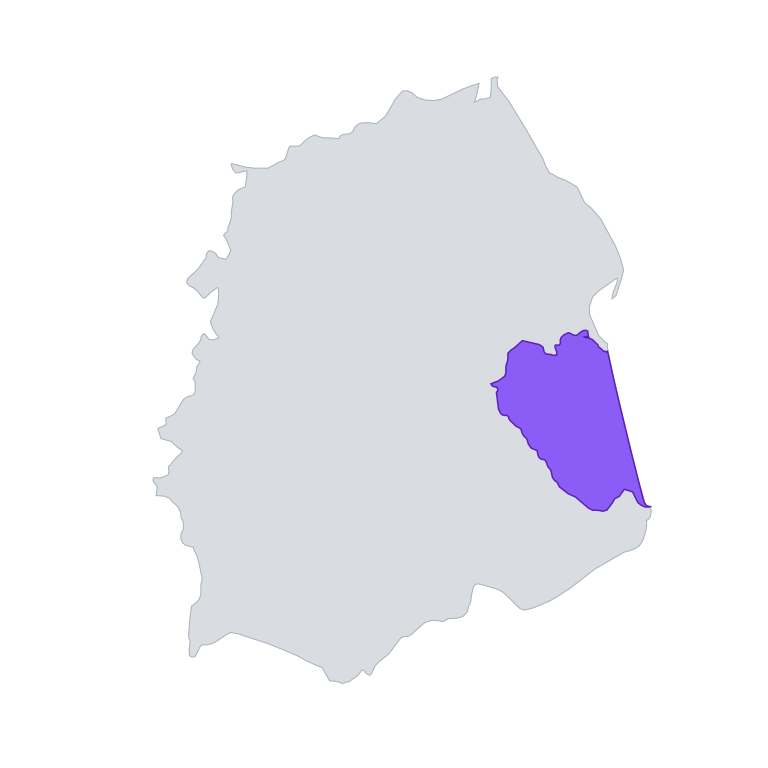 Warmian-Masurian on a map of Poland (Albers equal-area conic projection), rotated 74°
{"feature_id": "POL-3139", "entity_name": "Warmian-Masurian", "entity_type": "Voivodeship", "adm_level": 1, "iso_a3": "POL", "parent_name": "Poland", "parent_adm1": "", "projection": "albers", "projection_center": [20.397, 53.764], "detail": "fine", "context": "in_parent", "style": "filled", "palette": "violet", "viewbox_px": 768, "rotation_deg": 74, "n_neighbors": 0, "source": "natural_earth", "source_scale": "10m", "svg_char_len": 5536}
<svg xmlns="http://www.w3.org/2000/svg" viewBox="0 0 768 768"><g transform="rotate(74 384 384)"><path d="M628.6,419.3L631.9,425.4L633.3,430.2L632.3,434.1L632.8,437.9L644.8,453.9L649.7,465.7L652.6,470.3L659.2,476.1L659.9,478.5L657.5,480.9L653.9,482.1L652.9,484.2L657.1,489.7L660.3,499.1L660.5,506.9L658.4,509.0L655.9,513.7L654.3,518.1L639.4,521.7L636.0,526.4L628.1,535.5L622.7,540.8L614.8,550.2L602.1,566.4L583.8,593.4L580.6,599.6L581.4,604.5L585.3,616.1L586.2,621.3L585.8,626.2L584.7,630.6L585.0,632.5L593.6,640.3L594.0,642.0L593.3,644.2L591.6,645.9L585.1,644.4L577.8,641.2L575.4,641.7L571.5,641.0L555.3,635.0L544.4,630.2L543.2,627.0L541.1,622.2L536.4,618.3L525.9,615.1L521.6,612.5L504.5,611.2L497.2,611.2L491.9,612.4L488.6,612.3L484.1,619.4L480.9,621.5L476.2,621.8L472.2,620.5L468.0,616.8L461.3,614.9L456.5,615.9L453.0,615.1L450.0,614.9L448.9,615.6L446.4,615.5L442.9,617.3L439.0,619.8L434.7,621.7L431.4,625.8L428.4,633.8L420.0,630.1L417.2,631.7L413.3,632.7L410.6,631.6L411.3,628.8L412.5,625.7L412.5,621.3L411.7,616.5L409.2,614.9L405.3,614.3L403.3,613.3L403.1,611.7L401.2,609.7L397.8,604.4L394.7,598.0L392.4,596.0L389.2,599.0L384.2,602.4L381.1,603.6L375.0,613.5L364.3,613.7L363.8,609.0L362.8,604.4L356.6,603.2L356.4,600.5L355.3,593.9L343.2,580.6L341.8,575.2L342.3,573.1L341.6,569.6L338.9,567.5L329.2,564.8L326.7,566.1L324.5,564.6L321.0,561.4L314.9,558.7L314.3,557.3L312.2,555.0L310.9,554.7L310.1,556.0L308.2,557.9L301.8,560.1L299.3,559.0L297.1,556.8L294.7,552.2L291.0,548.1L287.9,546.6L286.2,544.4L285.9,542.8L293.0,539.8L294.6,536.5L294.0,530.4L292.9,529.6L290.1,531.5L284.3,533.1L278.9,533.7L276.2,533.6L261.5,521.8L251.8,518.0L246.1,516.7L245.4,517.8L247.7,524.2L251.9,532.1L251.6,534.1L242.8,538.2L239.0,540.7L235.7,544.2L233.0,545.7L230.7,545.2L228.3,543.3L222.6,531.6L215.2,522.4L214.4,520.4L211.9,519.8L208.6,517.6L207.6,514.9L209.5,512.2L212.0,509.8L216.4,508.5L217.7,507.1L218.6,504.9L220.4,502.1L220.0,501.0L217.2,497.6L212.9,494.3L200.4,495.9L196.9,497.3L195.2,495.0L193.9,491.8L190.8,491.0L186.7,487.9L181.9,484.8L177.0,483.6L167.0,478.9L163.1,478.4L160.9,476.8L158.7,473.6L156.9,470.1L156.4,463.2L149.1,459.6L141.7,457.1L141.1,458.1L140.9,464.9L140.2,468.5L135.1,470.4L130.2,470.3L130.5,469.1L137.4,457.3L140.6,449.7L144.6,435.8L141.9,424.3L141.3,419.0L139.9,416.4L130.2,410.1L129.5,408.2L131.7,400.9L131.2,397.8L129.0,394.3L126.3,387.5L125.5,381.9L130.1,375.7L133.8,364.6L135.7,360.1L133.3,357.3L132.9,353.7L134.0,348.6L132.9,344.7L129.6,341.9L127.5,338.4L126.8,334.2L128.2,327.9L131.6,319.4L126.7,308.4L113.6,294.9L107.5,285.7L108.5,280.8L111.9,276.6L117.6,273.1L122.3,266.3L125.3,258.1L126.1,250.6L122.0,225.5L121.5,219.3L121.2,209.7L133.0,216.0L137.8,219.3L137.5,216.0L136.7,213.1L137.7,209.0L137.9,202.7L127.1,198.6L119.9,196.9L119.5,192.4L120.5,189.7L122.3,191.5L129.4,192.8L147.6,185.8L178.7,177.2L211.6,169.1L219.2,168.4L226.8,166.7L229.9,163.1L232.8,160.6L237.5,154.1L247.8,144.1L265.0,141.2L271.6,136.5L285.2,130.1L315.7,123.4L328.4,122.1L340.7,122.3L351.5,128.8L363.0,136.8L365.0,141.4L358.8,138.4L349.7,131.3L346.3,130.9L353.7,152.0L357.8,159.5L366.4,165.3L373.7,167.3L396.4,164.3L404.5,160.0L406.9,157.8L409.0,159.0L438.5,161.5L541.6,165.9L571.2,165.9L573.0,165.2L575.9,161.6L579.6,162.0L584.0,164.0L586.1,165.5L587.0,167.3L587.7,169.5L590.1,169.8L594.5,171.3L600.5,174.7L605.3,178.1L609.9,183.1L611.6,188.8L612.0,195.4L611.9,199.7L619.8,231.8L631.4,260.9L635.9,275.0L637.8,282.6L639.5,293.6L640.3,301.3L640.4,305.7L640.0,311.7L637.1,315.4L617.5,326.5L613.9,329.9L608.3,338.0L603.2,346.4L602.0,349.2L601.8,351.1L603.1,353.7L610.5,357.8L617.9,361.0L620.3,363.5L625.8,366.6L627.9,369.6L629.1,372.1L629.3,378.2L627.3,386.7L628.6,393.0L626.3,397.4L624.5,402.2L624.5,410.4L628.6,419.3Z" fill="#d9dde1" stroke="#a8b0b8" stroke-width="1"/><path d="M573.0,165.3L574.0,164.4L575.2,161.9L575.4,162.6L574.2,167.0L571.3,170.3L567.9,172.7L556.2,174.8L551.5,182.0L557.0,189.0L557.4,191.7L558.0,194.1L560.8,196.7L566.6,204.4L566.6,208.6L564.5,212.9L562.8,218.2L559.9,221.5L545.3,231.2L540.2,237.2L531.1,243.8L527.1,244.5L525.4,245.2L523.9,246.5L520.5,247.8L512.8,247.4L508.9,249.2L502.5,249.8L501.1,250.6L499.6,253.6L497.5,255.2L495.0,255.6L490.2,255.2L486.2,260.2L481.4,261.8L476.2,261.8L472.3,264.1L468.9,264.8L465.0,264.8L463.1,266.4L461.3,268.5L453.7,272.9L451.8,273.5L449.7,273.3L448.0,274.6L447.1,277.7L445.7,279.3L444.0,280.1L440.0,280.9L422.9,278.2L422.4,277.6L422.1,276.8L421.2,276.2L420.3,276.0L418.1,276.6L416.7,279.4L415.2,280.7L413.3,281.2L412.5,272.9L409.8,265.8L406.8,263.7L400.7,262.0L395.0,258.4L390.9,257.0L389.9,256.9L388.6,256.4L387.8,255.1L386.2,252.0L384.9,248.1L380.5,239.0L388.6,224.4L390.5,222.3L392.8,220.9L397.1,221.3L400.1,220.0L400.2,218.5L400.9,217.6L401.8,215.0L402.7,214.0L403.4,212.8L403.4,211.3L403.6,209.9L401.0,209.1L395.7,209.5L393.8,208.5L394.9,205.0L393.6,203.1L390.8,202.7L388.3,201.1L386.6,198.1L385.7,194.2L385.6,192.5L386.4,191.2L388.8,188.9L389.6,187.5L390.3,185.8L389.7,183.6L388.7,181.6L387.6,178.1L388.0,175.1L389.3,173.6L394.0,174.3L395.2,174.2L395.2,174.8L394.7,175.3L394.3,176.1L394.1,177.2L394.0,178.5L394.7,177.8L395.7,175.4L396.1,174.8L396.4,174.5L397.8,172.4L399.1,171.1L399.8,170.7L400.5,170.5L404.6,168.0L405.5,167.6L407.6,167.4L411.0,164.9L411.7,164.6L412.4,164.5L412.9,164.0L413.2,163.1L413.6,162.2L414.4,162.0L414.4,161.6L414.2,160.6L414.1,160.2L414.7,160.3L414.9,160.2L425.8,160.8L446.1,162.0L461.3,162.8L476.4,163.5L495.2,164.3L518.0,165.2L532.6,165.6L547.3,166.1L559.6,166.4L569.5,166.6L573.0,165.3Z" fill="#8b5cf6" stroke="#5b21b6" stroke-width="1.5"/></g></svg>